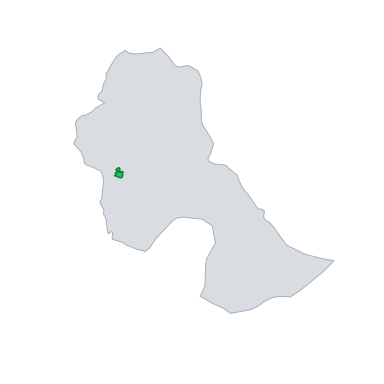 location of Palsmanes pag., Smiltenes, Latvia, rotated 225°
{"feature_id": "27541924B2832200646893", "entity_name": "Palsmanes pag.", "entity_type": "district", "adm_level": 2, "iso_a3": "LVA", "parent_name": "Latvia", "parent_adm1": "Smiltenes", "projection": "orthographic", "projection_center": [26.198, 57.386], "detail": "fine", "context": "in_parent", "style": "filled", "palette": "green", "viewbox_px": 384, "rotation_deg": 225, "n_neighbors": 0, "source": "geoboundaries", "source_scale": "gbopen_adm2", "svg_char_len": 3443}
<svg xmlns="http://www.w3.org/2000/svg" viewBox="0 0 384 384"><g transform="rotate(225 192 192)"><path d="M274.6,281.8L272.5,281.4L266.5,279.1L261.4,275.6L258.4,271.0L253.2,264.7L249.8,261.4L244.5,257.3L235.6,249.0L232.4,247.1L216.6,243.3L211.0,241.6L205.9,232.1L204.3,226.7L201.8,225.6L198.9,226.7L195.9,227.7L188.6,233.9L186.3,234.8L181.9,234.8L171.6,235.9L167.0,233.4L159.0,230.6L154.6,230.0L150.7,229.9L133.6,226.7L130.3,229.3L127.1,229.7L124.2,225.3L120.4,223.9L116.1,225.2L108.4,224.9L99.3,223.1L87.8,221.4L86.0,221.7L72.8,226.5L69.5,227.1L54.9,235.6L43.1,243.6L42.8,229.4L45.6,201.3L48.3,187.4L56.5,179.9L60.7,173.8L63.5,165.5L64.7,157.7L66.7,151.4L78.8,133.5L87.5,132.1L99.3,127.6L112.5,124.1L114.7,129.6L115.7,133.9L130.6,149.8L134.3,155.1L139.6,172.9L154.0,182.4L165.6,180.0L170.7,175.8L180.2,168.2L184.5,162.5L185.4,156.9L184.5,132.9L182.3,122.4L183.3,116.0L184.9,116.4L188.8,113.3L201.5,107.8L204.0,107.6L206.9,106.5L214.9,102.2L217.4,104.6L219.5,107.3L220.7,107.4L221.2,106.4L221.1,104.7L221.7,103.5L223.9,104.2L233.0,111.5L236.5,113.2L239.0,113.7L241.8,117.1L249.7,119.4L250.6,121.2L251.2,123.4L258.6,132.6L261.9,137.2L268.5,141.4L271.4,142.4L282.9,138.0L286.0,136.4L288.7,136.4L291.4,138.6L297.6,141.6L303.3,142.4L304.3,142.2L309.0,142.5L310.7,143.6L311.9,149.5L317.4,154.0L322.5,157.7L323.8,159.4L324.3,162.8L324.1,166.8L323.5,168.9L321.4,171.3L319.7,177.4L319.6,183.1L316.9,193.1L317.6,193.2L323.7,191.3L325.4,192.3L326.8,194.4L327.4,200.6L329.5,203.4L331.7,207.7L332.4,211.1L336.5,215.0L336.9,217.6L339.5,226.8L340.6,232.1L341.2,236.2L340.1,241.5L339.2,245.1L337.9,244.9L334.4,245.9L328.8,250.4L320.6,260.6L318.5,262.9L316.4,270.6L315.9,271.4L310.9,271.2L309.6,271.0L304.6,271.2L293.8,269.4L289.7,270.8L284.2,278.6L282.1,279.7L275.7,280.9L274.6,281.8Z" fill="#d9dde1" stroke="#a8b0b8" stroke-width="1"/><path d="M252.3,151.6L252.4,152.2L252.4,152.7L252.4,152.8L252.3,153.0L252.2,153.0L251.9,153.1L252.1,153.5L252.3,153.8L252.3,154.0L252.5,154.2L252.8,154.3L252.7,154.4L252.7,154.5L253.8,155.8L254.8,157.0L254.9,157.3L255.0,157.4L255.1,157.5L255.3,157.4L255.3,157.2L255.5,157.1L255.8,157.0L255.9,156.9L256.0,156.8L255.9,156.8L255.6,156.7L255.8,156.5L255.8,156.4L256.1,156.1L255.7,156.0L255.9,155.7L256.1,155.7L256.4,155.6L256.6,155.4L256.8,155.3L256.9,155.2L257.0,155.2L256.9,155.1L256.8,154.9L257.0,154.8L257.0,154.7L257.1,154.4L257.6,154.4L257.8,154.6L257.7,154.9L257.3,155.2L257.5,155.3L258.0,155.6L258.2,155.4L258.3,155.3L258.5,155.2L258.7,154.9L258.8,155.0L258.9,154.9L258.9,155.0L258.7,155.2L258.6,155.4L258.6,155.5L258.6,155.8L258.5,156.2L258.5,156.3L258.8,156.5L258.8,156.8L258.8,157.0L259.8,157.5L260.2,157.2L260.3,157.1L260.7,157.5L260.9,157.3L261.0,157.2L260.9,157.1L261.2,156.9L261.1,156.7L261.1,156.3L261.3,156.1L261.2,156.0L261.1,155.9L261.2,155.7L261.2,155.4L261.1,155.5L261.1,155.4L261.2,155.2L261.0,154.9L261.2,154.7L261.2,154.8L261.3,154.8L261.5,154.8L261.5,154.7L261.7,154.4L259.4,153.1L259.5,151.1L258.2,150.9L258.2,150.7L258.0,150.9L257.9,150.8L257.7,150.7L257.8,150.5L257.8,150.4L257.7,150.4L257.8,150.4L257.7,150.3L257.8,150.3L257.9,150.2L257.9,149.9L258.0,149.8L258.1,149.7L258.1,149.4L258.0,149.5L257.8,149.4L257.7,149.3L257.8,149.2L257.6,149.1L257.4,149.2L257.2,149.3L256.8,149.5L256.4,149.7L256.0,149.9L255.9,149.9L255.5,150.1L255.3,150.2L254.7,150.5L254.8,150.5L254.6,150.5L254.3,150.7L254.1,150.7L253.9,150.8L253.5,151.0L252.3,151.6Z" fill="#22c55e" stroke="#15803d" stroke-width="1.5"/></g></svg>